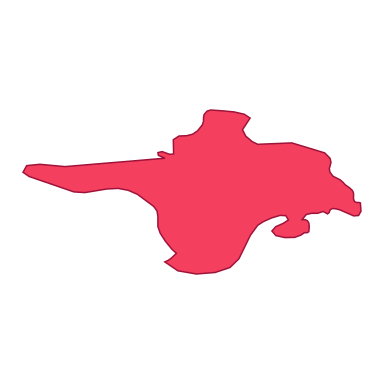 outline of Hiiu
{"feature_id": "EST-1660", "entity_name": "Hiiu", "entity_type": "County", "adm_level": 1, "iso_a3": "EST", "parent_name": "Estonia", "parent_adm1": "", "projection": "equal_earth", "projection_center": [22.694, 58.888], "detail": "fine", "context": "isolated", "style": "filled", "palette": "rose", "viewbox_px": 384, "rotation_deg": 0, "n_neighbors": 0, "source": "natural_earth", "source_scale": "10m", "svg_char_len": 1421}
<svg xmlns="http://www.w3.org/2000/svg" viewBox="0 0 384 384"><path d="M106.8,189.0L84.8,192.6L73.9,191.9L29.1,176.5L23.0,172.3L26.7,165.6L39.9,164.3L65.0,166.6L165.0,158.2L158.4,155.4L157.9,152.6L162.1,151.6L169.6,154.3L173.6,154.0L173.3,139.7L179.0,136.0L186.7,135.7L192.6,134.2L197.6,130.8L202.3,124.9L203.5,121.3L203.5,117.9L204.1,114.5L207.1,111.1L210.7,110.0L225.2,111.0L225.4,111.1L234.0,111.9L244.2,114.2L250.1,118.1L242.5,129.7L245.8,136.2L252.3,141.7L257.8,144.3L291.8,142.9L324.7,152.9L330.0,158.2L331.0,162.4L329.3,168.7L330.0,172.3L333.0,176.2L340.2,179.9L342.9,182.2L345.1,184.7L349.9,188.1L352.3,190.4L353.3,192.3L353.6,194.4L353.5,199.0L354.6,201.7L356.8,202.5L359.2,202.5L360.4,202.9L361.0,211.2L358.6,215.5L353.7,215.9L339.7,209.8L336.1,208.9L332.5,208.5L330.1,209.9L329.2,212.5L327.6,213.9L323.2,211.5L317.5,213.3L311.7,213.3L306.3,214.5L302.1,219.6L305.3,219.7L307.5,220.8L308.8,223.0L309.3,226.6L308.8,231.7L307.2,232.7L304.5,232.7L300.9,235.1L294.7,237.4L285.0,237.6L275.9,235.6L271.9,231.0L275.7,226.7L283.1,223.4L288.4,220.0L285.9,215.7L280.1,215.4L271.7,217.9L263.4,221.6L257.8,225.2L250.5,235.1L238.9,258.8L230.0,267.5L215.1,272.5L196.3,274.0L177.9,270.8L164.8,261.9L167.9,260.5L170.9,258.5L176.4,253.3L171.7,249.0L165.5,241.4L160.2,233.2L157.9,226.6L157.9,216.7L157.0,210.9L153.7,206.4L137.4,194.3L128.2,190.3L118.1,188.4L106.8,189.0Z" fill="#f43f5e" stroke="#9f1239" stroke-width="1.5"/></svg>